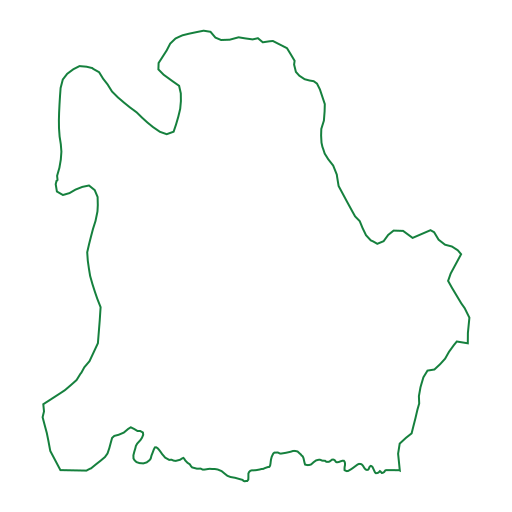 the district of Ash shaghadirah, Hajjah, Yemen
{"feature_id": "15242507B87053046853902", "entity_name": "Ash shaghadirah", "entity_type": "district", "adm_level": 2, "iso_a3": "YEM", "parent_name": "Yemen", "parent_adm1": "Hajjah", "projection": "natural_earth1", "projection_center": [43.498, 15.607], "detail": "fine", "context": "isolated", "style": "outline", "palette": "green", "viewbox_px": 512, "rotation_deg": 0, "n_neighbors": 0, "source": "geoboundaries", "source_scale": "gbopen_adm2", "svg_char_len": 4918}
<svg xmlns="http://www.w3.org/2000/svg" viewBox="0 0 512 512"><path d="M272.9,41.0L269.4,41.3L262.8,42.3L257.9,38.2L256.7,38.5L252.6,39.4L245.3,38.4L238.6,37.3L229.7,39.7L221.1,40.0L215.4,37.6L210.5,31.8L203.6,30.7L196.1,32.2L189.0,33.7L182.5,35.3L179.1,36.8L175.5,38.5L170.2,43.6L166.7,50.4L158.6,63.0L158.4,69.4L163.6,74.7L172.4,81.1L179.1,85.8L180.8,93.4L180.9,101.1L180.2,108.8L179.2,113.0L178.3,116.7L176.0,124.6L173.6,131.7L166.7,134.2L159.9,131.8L152.9,127.0L147.4,122.5L142.1,117.7L136.7,112.4L129.8,107.3L124.5,103.0L124.0,102.6L117.9,97.4L112.0,91.5L108.0,85.1L107.8,84.7L103.1,78.7L99.1,72.2L94.1,69.4L92.8,68.6L92.4,68.1L86.5,66.7L79.5,66.1L73.4,69.2L67.2,73.8L62.8,79.5L60.6,88.0L60.0,96.2L59.5,104.4L59.1,112.5L58.9,120.2L59.0,128.2L59.6,136.5L60.8,144.2L61.4,151.7L60.8,159.6L59.4,167.8L57.1,175.8L57.5,179.7L57.4,180.2L56.9,180.7L56.5,180.9L55.7,184.2L56.9,191.5L62.9,195.0L69.5,193.1L75.5,189.6L82.3,186.9L89.0,185.5L94.7,190.1L97.6,197.0L97.8,205.1L97.5,210.8L97.4,211.8L95.5,221.0L93.0,228.9L91.1,236.1L89.1,244.0L87.2,252.3L87.8,260.8L88.9,268.5L90.1,275.8L90.4,276.9L92.5,284.3L94.9,291.8L97.3,298.8L100.6,307.2L99.7,320.8L97.9,343.2L89.5,361.2L84.3,367.3L81.3,372.8L80.5,373.7L76.6,380.0L71.2,384.8L65.0,390.1L58.8,394.2L43.3,404.2L43.3,404.3L44.0,411.4L42.6,417.2L44.7,425.2L46.8,433.0L48.4,440.9L49.9,449.0L50.3,451.0L60.4,470.1L86.4,470.6L86.5,470.6L87.5,470.0L90.3,468.6L91.0,468.4L96.0,464.3L100.6,460.7L104.9,457.1L107.5,453.5L109.3,448.2L110.8,442.6L112.1,437.9L114.3,435.9L118.6,434.8L123.8,432.6L128.2,428.9L130.8,427.3L134.2,429.0L137.5,431.0L140.2,431.0L142.9,432.5L143.2,434.8L142.0,437.7L140.5,440.0L137.2,443.6L135.9,445.9L135.3,448.4L134.3,451.7L133.4,455.3L133.5,458.5L134.6,460.3L136.5,462.1L139.5,463.1L143.3,463.4L146.7,462.4L149.5,460.2L150.7,458.6L151.5,455.5L152.5,453.0L153.8,449.5L154.9,447.4L155.6,447.3L156.2,447.3L157.7,448.3L159.1,449.9L160.4,451.6L162.2,454.2L163.7,455.9L165.1,457.6L167.8,459.1L169.2,459.9L171.4,459.7L173.6,460.6L175.7,460.9L178.0,460.3L180.0,459.8L182.2,458.4L183.4,457.9L184.3,458.9L185.2,460.4L187.5,462.8L189.8,464.3L191.0,466.2L192.1,467.4L197.0,468.7L200.6,468.6L202.7,469.6L203.0,469.6L204.2,469.6L205.7,469.4L207.4,469.1L209.7,468.8L212.1,469.0L214.8,469.0L217.7,469.5L221.6,471.1L224.5,473.5L227.4,475.8L230.5,477.0L235.1,477.8L240.4,479.3L242.6,479.9L243.5,480.9L244.8,481.3L245.9,481.0L247.2,481.0L248.3,479.6L248.4,477.5L248.4,474.9L248.4,473.5L249.1,472.0L250.3,470.8L251.9,470.3L254.0,470.3L255.7,470.2L256.4,470.1L259.7,469.5L261.5,469.0L263.2,468.9L264.9,468.1L267.7,467.1L269.3,466.9L270.1,465.6L270.5,463.5L270.7,461.7L271.0,459.5L271.4,458.0L271.7,456.8L272.4,455.3L273.3,453.5L274.4,452.6L275.6,452.6L277.8,452.5L279.9,453.5L280.8,453.6L281.6,453.5L285.9,452.8L290.0,451.9L291.1,451.6L292.9,451.0L294.5,450.9L295.9,451.1L297.6,451.5L299.5,453.3L301.1,454.7L301.5,455.5L302.5,456.1L302.8,456.6L303.2,457.4L303.6,458.6L304.0,460.4L304.5,462.6L305.0,464.4L305.1,464.6L307.4,465.1L309.2,465.0L311.0,464.5L312.3,463.4L313.6,462.2L316.1,460.4L318.5,459.8L319.8,459.7L321.0,460.1L322.3,460.7L323.6,460.7L325.1,460.8L326.3,461.8L327.2,461.8L328.0,461.9L329.4,461.6L330.8,460.6L332.1,459.6L333.6,459.6L334.8,460.3L335.8,461.8L336.9,462.3L338.8,462.0L340.6,461.3L342.6,460.7L343.9,460.8L344.6,461.8L345.0,463.2L345.0,465.0L344.6,467.1L344.5,469.0L344.6,470.2L346.6,471.1L348.0,471.0L349.6,470.1L351.3,469.1L353.3,467.7L357.6,464.5L359.0,463.9L360.8,464.0L361.8,464.5L362.6,465.3L363.4,466.4L363.9,467.3L364.5,468.2L364.7,468.5L365.7,469.5L366.8,469.9L367.9,469.8L368.6,469.2L369.0,468.2L369.5,467.0L370.6,465.9L371.5,466.1L372.5,467.0L373.3,468.7L374.4,471.1L374.9,472.2L375.7,473.1L376.6,473.1L376.9,473.1L378.0,472.8L379.0,472.1L379.9,471.1L380.6,471.6L381.0,472.1L381.8,473.0L382.4,472.9L383.2,472.6L384.2,472.0L385.2,470.5L386.2,470.1L388.3,470.1L390.6,470.1L393.3,470.1L395.7,470.2L397.5,470.2L399.2,470.2L399.8,470.5L398.1,453.7L399.7,443.6L406.0,437.8L411.6,433.4L413.5,425.8L415.4,418.4L417.1,411.1L417.5,409.4L419.2,403.5L418.9,396.1L420.5,387.2L421.3,384.4L423.4,377.3L427.5,370.6L434.4,369.5L440.0,364.3L445.1,358.7L449.0,351.8L453.5,345.6L453.7,345.3L456.8,341.5L467.8,343.3L467.9,332.9L468.1,330.9L469.4,317.7L464.7,308.2L461.3,303.4L451.9,287.7L448.1,280.9L450.7,273.5L461.1,254.2L457.8,250.3L451.9,246.5L445.0,244.7L438.6,239.7L434.1,232.2L430.5,230.2L427.2,231.6L412.6,237.9L403.1,230.9L393.6,230.6L388.2,234.9L383.6,241.2L377.3,243.8L374.7,242.3L373.8,241.8L373.1,241.4L370.8,240.4L366.0,235.2L362.5,227.9L360.0,221.8L359.7,221.1L355.1,216.4L352.1,211.0L346.7,201.1L338.6,186.0L337.1,176.8L336.8,174.6L333.2,165.6L328.2,159.2L324.7,153.6L323.4,149.6L322.4,146.8L321.5,142.7L321.1,135.5L321.3,128.9L323.9,120.6L324.6,111.4L324.8,104.1L319.9,89.4L317.0,83.6L313.7,81.2L309.5,80.5L304.6,79.2L299.3,75.7L295.9,71.9L294.1,64.6L294.6,60.8L290.8,54.4L287.0,48.2L272.9,41.0Z" fill="none" stroke="#15803d" stroke-width="2"/></svg>